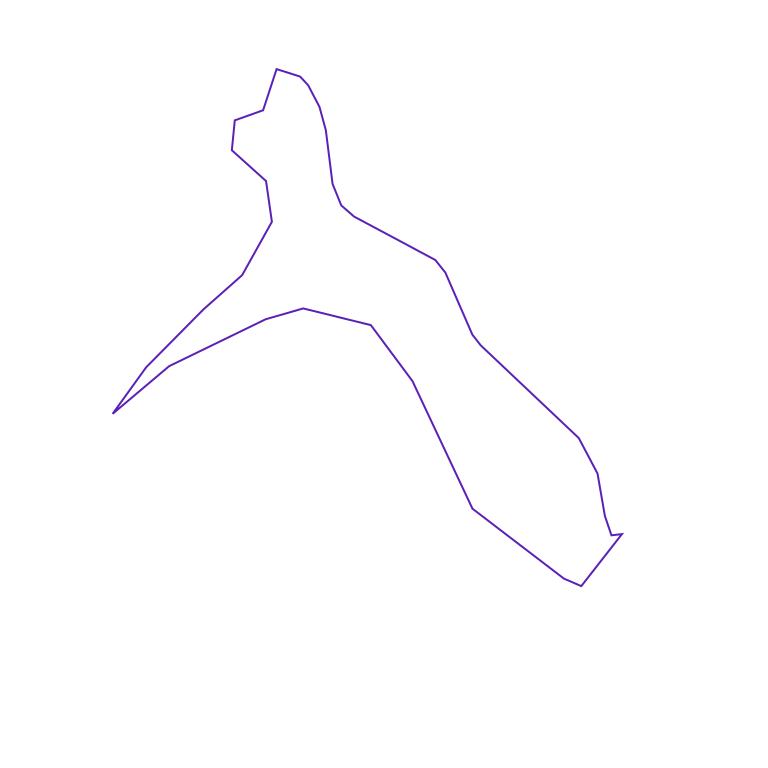 Ribeira Brava, Natural Earth projection, rotated 38°
{"feature_id": "CPV-5057", "entity_name": "Ribeira Brava", "entity_type": "state/province", "adm_level": 1, "iso_a3": "CPV", "parent_name": "Cabo Verde", "parent_adm1": "", "projection": "natural_earth1", "projection_center": [-24.247, 16.582], "detail": "fine", "context": "isolated", "style": "outline", "palette": "violet", "viewbox_px": 768, "rotation_deg": 38, "n_neighbors": 0, "source": "natural_earth", "source_scale": "10m", "svg_char_len": 585}
<svg xmlns="http://www.w3.org/2000/svg" viewBox="0 0 768 768"><g transform="rotate(38 384 384)"><path d="M105.5,202.0L128.6,193.4L140.4,195.3L162.6,205.4L182.0,219.9L220.3,258.0L240.4,269.6L257.4,270.5L348.0,254.7L363.7,258.4L423.2,290.7L436.4,294.0L570.8,306.7L607.4,323.1L639.3,352.0L656.4,363.2L663.9,355.8L663.9,421.8L645.6,426.6L530.5,427.8L404.7,364.2L337.4,345.7L273.8,374.2L250.9,405.8L203.7,502.2L188.5,574.6L186.3,517.2L195.8,436.3L205.2,385.5L195.8,325.2L166.1,296.7L120.2,293.5L104.1,268.1L120.2,242.7L105.5,202.0Z" fill="none" stroke="#5b21b6" stroke-width="2"/></g></svg>